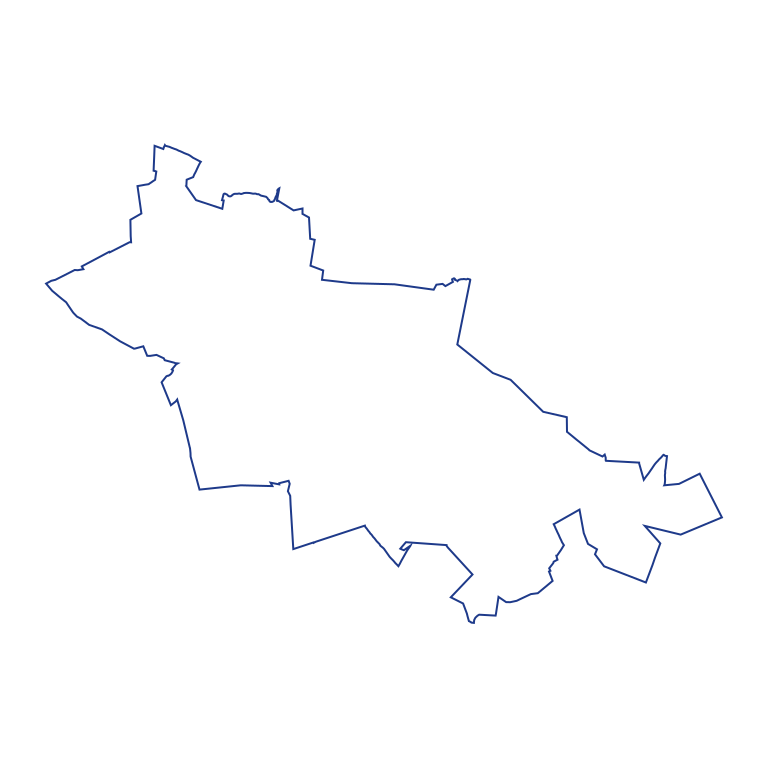 the district of Altamirano, Chiapas, Mexico
{"feature_id": "50627088B24098372113049", "entity_name": "Altamirano", "entity_type": "district", "adm_level": 2, "iso_a3": "MEX", "parent_name": "Mexico", "parent_adm1": "Chiapas", "projection": "robinson", "projection_center": [-91.86, 16.673], "detail": "fine", "context": "isolated", "style": "outline", "palette": "blue", "viewbox_px": 768, "rotation_deg": 0, "n_neighbors": 0, "source": "geoboundaries", "source_scale": "gbopen_adm2", "svg_char_len": 5977}
<svg xmlns="http://www.w3.org/2000/svg" viewBox="0 0 768 768"><path d="M46.1,283.6L52.2,290.8L58.5,296.1L62.0,299.0L66.2,302.3L67.7,304.6L72.8,312.1L73.6,313.1L77.0,316.6L80.8,318.6L89.2,324.9L102.0,329.4L109.3,334.3L120.1,341.3L134.0,348.7L135.3,348.5L143.3,346.3L147.2,355.8L150.0,355.9L156.5,354.9L163.8,358.3L164.7,360.2L174.2,362.7L175.4,363.2L176.9,363.3L177.0,363.3L177.7,363.4L177.0,363.8L176.2,364.2L172.6,368.6L172.4,368.8L171.8,369.5L172.4,369.9L173.0,370.3L172.6,371.5L171.4,373.5L170.1,374.7L169.3,375.2L168.5,375.7L167.5,375.8L166.4,376.3L161.6,382.3L170.9,405.2L175.8,401.4L177.2,399.5L177.6,401.0L183.3,420.4L189.9,448.0L190.0,448.1L190.5,453.1L190.6,456.6L199.5,489.6L240.8,485.3L272.4,486.1L270.6,482.7L279.3,484.4L279.2,483.4L279.2,483.2L285.5,481.6L288.6,480.8L289.7,483.8L287.9,491.2L290.2,495.8L290.6,504.9L293.3,549.1L313.6,542.4L313.7,542.8L315.9,541.7L364.9,525.6L365.2,526.7L366.1,527.9L366.6,528.4L367.3,529.4L367.8,530.1L368.2,530.7L369.0,531.6L369.7,532.5L370.3,533.5L371.1,534.2L371.9,535.1L373.1,536.9L373.9,537.7L374.7,538.6L375.9,540.2L376.9,541.5L377.5,542.0L378.6,543.2L379.3,543.8L379.8,544.6L380.3,545.6L381.1,546.3L382.0,547.0L383.0,547.8L384.0,548.8L389.7,556.9L391.2,558.5L392.6,559.9L393.2,560.5L394.5,562.0L395.1,562.8L397.0,564.7L398.4,566.2L399.7,564.0L401.7,560.1L401.8,560.0L407.2,550.4L410.2,546.1L410.4,545.7L403.9,550.2L403.5,550.1L402.9,549.8L402.0,549.5L401.1,549.1L400.3,548.7L405.9,542.2L446.6,545.1L446.7,546.0L447.9,547.6L472.5,574.5L450.8,597.3L463.1,603.5L466.9,613.6L467.5,616.1L468.9,621.1L469.4,621.3L471.3,622.4L471.4,622.6L473.9,622.9L474.2,620.0L475.4,617.7L477.5,615.7L479.2,614.7L495.6,615.6L496.0,613.6L498.5,596.9L506.1,602.1L510.2,602.2L516.7,600.8L519.8,599.3L528.1,595.4L530.9,594.1L537.8,593.2L552.6,580.9L549.0,571.5L550.4,570.8L549.2,568.3L553.2,563.2L553.7,561.7L557.5,559.7L557.0,558.2L556.4,555.8L556.9,555.8L560.6,550.5L560.7,550.4L563.9,545.2L561.9,542.0L561.3,540.5L560.4,538.7L559.6,537.0L558.8,535.1L557.1,531.6L556.5,530.2L555.7,528.6L555.1,527.1L554.4,525.6L553.7,524.2L579.5,509.6L583.8,533.2L583.9,533.4L588.0,543.9L597.0,549.3L595.0,554.3L604.1,566.3L645.9,582.5L652.5,565.0L655.1,557.4L660.3,543.4L644.8,525.9L679.4,534.3L680.7,534.6L721.9,517.4L699.7,473.7L679.0,483.9L664.3,485.3L664.4,485.1L664.6,484.4L664.8,483.5L665.0,481.5L665.1,479.7L664.9,475.2L665.0,474.3L665.2,473.0L665.1,471.2L665.4,469.3L665.6,468.5L665.8,466.7L666.0,464.8L667.0,456.1L666.5,456.0L665.9,456.0L665.2,455.8L664.7,455.6L664.3,455.3L663.9,454.9L663.5,454.8L663.4,454.9L662.6,455.7L661.9,456.6L660.8,457.8L659.8,458.7L658.8,459.7L658.1,460.6L657.1,461.6L655.9,462.9L654.6,464.5L652.7,467.3L652.0,468.4L651.0,469.8L648.6,473.3L646.5,476.0L645.1,477.9L643.8,479.8L639.1,463.3L639.1,463.1L639.1,462.6L605.9,460.8L605.8,460.7L605.7,460.1L605.7,459.5L605.7,459.2L605.7,458.9L605.7,458.6L605.7,458.2L605.7,457.9L605.7,457.6L605.6,457.3L605.4,456.8L604.7,454.6L602.5,456.5L589.4,450.3L589.1,449.9L588.1,449.0L576.6,439.7L567.0,431.8L566.8,417.2L543.2,411.8L510.6,379.8L492.8,373.0L457.3,344.5L470.3,279.8L470.1,279.5L469.8,279.4L469.2,279.3L468.9,279.2L468.6,279.1L467.7,278.8L467.2,279.1L466.7,279.2L466.5,279.3L466.3,279.4L465.9,279.4L465.4,279.2L464.6,279.1L464.4,279.1L464.1,279.0L463.9,279.1L463.6,279.0L463.4,279.0L463.0,279.1L462.8,279.2L462.5,279.2L462.2,279.2L461.6,279.2L461.2,279.2L461.0,279.3L460.7,279.3L460.4,279.3L460.0,279.5L459.9,279.5L459.7,279.6L459.4,279.7L459.2,279.7L458.9,279.8L458.0,280.6L457.5,281.1L457.1,280.6L455.0,279.8L454.9,279.4L455.0,279.2L454.9,278.9L454.7,278.7L454.3,278.4L454.2,278.4L453.8,278.4L453.7,278.5L453.4,278.5L452.9,278.9L452.4,279.2L452.1,279.3L452.1,279.6L452.2,279.8L452.9,281.9L445.4,286.1L442.6,283.9L436.4,284.7L433.7,289.7L394.5,284.3L351.9,283.2L322.0,279.8L323.2,270.5L310.5,265.7L314.7,239.8L310.2,238.8L309.0,217.5L308.8,217.4L302.5,213.9L302.5,208.5L293.6,210.4L278.1,200.7L277.2,201.0L276.9,200.7L279.3,188.3L278.6,188.7L278.3,189.2L277.9,189.4L277.7,189.7L277.5,189.9L277.4,190.1L277.3,190.4L277.3,190.7L277.5,191.7L277.5,192.1L277.3,192.5L277.2,193.1L276.9,193.6L276.9,194.1L276.6,195.4L276.4,195.7L276.1,196.1L276.0,196.3L275.9,196.5L275.6,197.1L275.4,197.5L275.1,198.9L275.0,199.0L274.7,199.3L274.5,199.6L274.4,200.0L274.2,200.6L274.1,200.8L273.7,201.1L272.5,201.8L272.4,201.8L272.1,201.8L271.9,201.9L271.6,201.9L271.4,201.9L271.2,202.0L270.9,202.0L270.6,201.9L270.4,201.8L269.9,201.6L269.6,201.3L269.5,201.1L269.4,200.8L269.2,200.1L268.9,200.0L268.6,199.6L268.2,199.4L267.4,198.0L266.1,196.8L263.2,196.1L261.0,195.6L258.6,194.2L257.7,194.2L257.1,194.2L256.2,193.8L255.4,193.6L254.7,193.6L253.7,193.7L252.5,193.6L251.2,193.3L249.5,193.0L247.5,192.9L245.5,192.9L243.7,193.1L242.9,193.5L241.5,193.9L241.1,194.0L239.6,193.6L239.1,193.5L238.0,193.7L237.3,193.8L236.0,193.8L234.9,193.8L234.0,194.0L233.1,194.5L232.3,195.0L231.7,195.7L230.7,196.3L229.2,196.3L228.4,196.0L227.1,194.6L226.2,194.2L225.2,193.7L224.7,193.6L224.2,193.7L223.8,194.0L223.6,194.2L223.6,194.4L223.4,194.7L223.4,195.0L223.2,195.5L223.2,195.8L223.1,196.1L222.0,200.2L223.7,200.5L222.3,208.8L196.0,200.1L186.2,186.1L186.4,186.0L186.4,185.2L186.6,180.9L186.7,179.7L193.2,177.1L193.7,175.8L194.4,174.2L195.1,173.0L196.1,171.0L197.0,169.0L198.7,165.4L199.0,164.8L200.0,162.9L200.8,161.8L193.1,157.8L190.3,155.8L188.4,154.7L186.5,154.0L184.0,153.0L182.4,152.2L181.7,151.9L179.9,151.1L178.7,150.7L176.6,149.6L175.8,149.3L174.8,149.0L173.5,148.5L172.2,148.0L171.8,147.9L170.3,147.2L169.3,146.8L165.4,145.8L164.9,145.1L164.6,145.8L163.9,147.2L163.8,147.3L163.8,147.5L163.3,149.0L154.6,145.8L154.2,156.4L153.6,170.7L154.6,170.9L154.6,171.0L156.3,171.5L155.8,174.9L155.2,179.1L155.1,179.8L152.8,181.3L151.4,182.3L149.4,183.6L149.2,183.8L148.6,184.2L144.7,184.8L142.6,185.2L137.5,186.1L141.4,213.5L130.4,219.8L130.7,236.2L131.1,242.3L129.6,242.2L109.6,252.4L109.2,251.8L81.8,266.4L83.4,269.2L77.8,270.2L74.7,270.0L55.4,279.8L51.3,280.8L46.1,283.6Z" fill="none" stroke="#1e3a8a" stroke-width="2"/></svg>